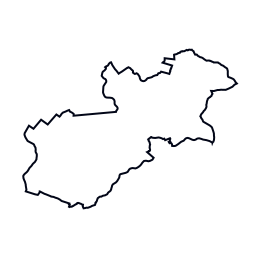 the district of Hidiselu De Sus, Bihor, Romania, rotated 8°
{"feature_id": "2599482B72437023812586", "entity_name": "Hidiselu De Sus", "entity_type": "district", "adm_level": 2, "iso_a3": "ROU", "parent_name": "Romania", "parent_adm1": "Bihor", "projection": "equal_earth", "projection_center": [22.026, 46.921], "detail": "fine", "context": "isolated", "style": "outline", "palette": "ink", "viewbox_px": 256, "rotation_deg": 8, "n_neighbors": 0, "source": "geoboundaries", "source_scale": "gbopen_adm2", "svg_char_len": 5800}
<svg xmlns="http://www.w3.org/2000/svg" viewBox="0 0 256 256"><g transform="rotate(8 128 128)"><path d="M213.6,130.8L213.7,130.4L214.4,129.8L214.8,127.8L214.7,126.2L214.6,124.9L214.3,124.2L213.8,121.4L213.1,119.8L211.3,116.2L210.6,115.3L208.6,114.1L201.7,111.3L201.3,110.8L200.5,109.3L199.7,108.6L198.9,107.7L198.9,107.3L198.0,106.4L198.6,104.2L200.0,102.1L200.7,100.5L201.5,99.6L202.4,97.6L202.7,96.5L202.7,95.6L202.3,94.2L202.5,93.1L202.5,90.8L202.6,89.9L202.9,88.9L202.9,88.2L203.5,87.3L204.5,86.3L205.1,85.9L205.2,85.6L206.2,84.6L206.2,84.3L206.5,83.2L206.6,82.9L206.9,82.4L205.5,80.2L205.2,79.7L208.0,79.4L211.4,77.9L212.0,77.8L213.3,77.6L214.6,77.2L219.5,76.6L222.3,74.9L225.7,72.6L227.4,70.3L229.6,68.8L227.9,67.4L227.2,66.4L226.0,65.2L225.0,64.7L222.6,64.0L220.5,63.6L220.0,63.3L219.8,62.9L219.3,60.8L218.9,57.7L217.9,55.4L217.5,55.1L215.3,54.1L213.7,53.1L213.1,53.0L212.6,52.8L211.8,52.7L210.1,51.6L209.8,51.4L208.5,51.0L208.0,50.6L205.0,51.0L204.5,51.0L204.0,51.2L203.6,51.1L203.0,50.8L201.5,50.5L201.3,50.3L200.5,50.2L200.0,50.0L199.6,50.1L199.2,49.9L198.1,50.0L196.4,50.4L196.1,50.3L194.1,49.4L192.2,48.3L191.0,47.9L189.5,47.8L188.5,47.3L187.7,47.1L186.7,46.5L186.4,46.1L185.8,45.7L184.3,46.0L182.8,44.0L182.3,42.9L181.2,42.4L180.3,41.6L180.0,41.8L179.1,41.9L178.4,41.8L177.4,42.0L176.7,42.4L176.7,42.6L176.3,42.8L175.3,42.5L173.1,44.1L171.1,44.5L171.0,44.4L170.5,44.6L170.6,44.8L169.9,45.0L169.2,45.4L169.0,46.2L167.8,46.7L167.5,46.7L167.2,46.9L167.2,47.1L166.6,47.5L166.0,48.0L165.5,48.2L165.3,48.3L163.5,48.9L163.4,49.0L164.4,53.6L154.6,53.8L154.9,56.0L154.7,56.8L154.3,57.4L153.6,57.9L153.2,58.5L163.0,60.0L162.4,63.1L162.2,63.1L161.7,65.5L162.0,65.7L161.4,68.7L158.9,68.3L152.9,67.6L152.2,68.9L151.2,69.4L150.5,69.5L149.6,71.5L147.9,72.0L146.3,72.9L145.6,73.3L145.0,74.0L143.8,74.7L140.7,75.9L140.4,76.1L139.7,76.9L139.4,77.7L137.9,79.1L136.6,79.5L135.5,79.4L134.1,78.9L133.1,77.6L132.7,76.7L132.3,75.5L130.2,73.2L128.9,72.6L127.8,73.3L127.1,73.5L126.5,73.2L125.2,72.5L125.1,72.1L125.2,71.8L125.0,70.8L124.3,70.2L123.8,70.0L123.4,69.6L122.8,69.3L122.0,68.5L120.9,68.1L119.9,67.8L119.2,68.5L118.8,68.6L114.2,72.9L112.0,74.7L111.2,75.5L108.7,73.0L106.9,71.5L103.8,68.0L102.1,65.3L101.2,65.7L100.4,66.7L100.0,67.4L99.6,68.6L99.3,69.0L98.5,69.6L97.4,70.3L96.9,70.9L97.8,71.5L97.8,72.6L96.8,74.2L95.2,75.8L94.9,77.0L94.7,80.0L96.5,81.8L97.4,82.3L98.7,82.7L99.2,83.1L99.5,83.5L99.9,84.3L100.0,84.9L100.0,85.5L98.1,89.5L97.9,90.2L97.9,90.8L98.3,96.1L98.8,97.3L100.1,99.4L101.1,100.4L101.9,100.7L102.9,100.8L106.0,100.5L107.6,100.5L108.2,100.6L109.3,101.2L110.2,101.9L110.5,102.3L110.9,103.2L111.1,103.8L111.2,105.1L111.5,106.2L112.1,107.0L114.2,108.6L114.8,109.4L115.0,110.1L115.0,110.6L114.8,111.2L114.0,112.6L113.9,113.7L72.4,123.4L72.3,121.7L70.9,120.8L69.4,120.2L68.3,119.9L67.2,118.4L65.4,119.4L63.9,120.4L61.4,121.8L61.3,122.0L60.4,123.0L59.4,125.1L58.6,126.3L55.2,124.6L48.0,135.7L40.8,131.9L34.5,141.9L29.6,139.5L26.4,147.5L26.4,149.0L26.6,149.5L27.7,151.5L30.3,154.7L31.1,155.1L36.4,157.0L37.1,157.4L37.5,158.0L37.9,158.8L39.1,160.3L39.5,161.8L39.7,162.8L39.6,163.5L40.0,164.8L41.3,166.6L41.6,168.5L41.6,170.5L41.7,171.8L40.6,174.5L38.8,176.7L37.6,179.1L36.1,181.1L34.7,184.5L33.8,185.9L32.1,187.8L31.4,188.9L31.0,189.8L31.0,190.3L31.5,192.3L32.3,193.8L33.5,195.7L34.6,198.3L34.8,199.4L36.0,203.2L35.6,205.0L45.1,206.6L48.0,206.8L49.5,204.0L49.4,203.1L49.6,203.1L54.4,204.8L56.0,205.1L61.2,206.4L61.4,206.6L63.9,206.6L66.1,207.2L66.6,207.2L68.5,207.6L70.5,208.4L72.4,209.5L79.9,210.8L79.7,211.1L79.9,211.6L81.0,211.8L80.5,214.2L81.0,214.4L81.2,214.2L82.1,214.0L82.2,213.9L82.7,213.9L83.2,213.7L83.3,213.5L83.8,213.4L84.0,213.1L84.5,212.9L84.8,212.5L85.2,212.3L85.9,211.6L86.4,211.3L86.7,210.9L87.3,210.7L87.6,210.5L87.8,209.9L88.1,209.9L88.4,209.5L88.7,209.4L88.7,209.2L89.0,209.1L90.1,209.2L91.0,209.5L91.9,209.6L92.9,210.1L94.1,210.2L94.1,211.0L94.0,211.3L94.0,211.6L94.2,211.8L94.5,212.7L94.9,213.1L95.2,213.7L96.9,213.2L97.8,212.7L99.3,212.6L102.1,211.1L102.7,210.5L103.5,210.0L106.0,208.8L106.1,208.7L106.2,207.5L106.1,206.9L106.5,206.7L106.7,206.2L106.6,205.8L107.0,205.4L107.2,204.9L107.6,202.7L107.7,202.1L107.9,201.6L108.5,201.1L109.1,200.4L109.8,199.9L111.3,199.6L112.3,198.7L113.9,198.1L114.6,197.9L116.6,196.5L117.3,194.8L118.0,194.0L118.7,193.4L119.5,192.4L119.9,190.9L119.9,190.2L120.2,188.5L120.3,187.2L120.8,186.0L121.9,185.0L123.6,183.6L124.7,182.0L125.0,181.2L125.4,180.4L126.2,178.3L126.3,177.7L126.2,176.9L126.3,175.8L126.6,175.1L126.8,174.9L127.3,174.6L132.0,172.7L133.7,171.6L134.1,170.8L135.0,168.8L135.6,168.2L135.9,167.9L137.5,167.2L138.2,167.0L141.0,167.0L142.3,166.3L143.9,165.0L145.2,163.6L145.9,162.6L146.6,161.3L146.9,160.6L148.2,158.7L148.5,158.4L150.4,157.9L152.8,158.1L154.2,157.6L156.3,156.2L156.7,155.8L157.5,153.9L150.3,149.2L151.1,148.7L151.6,148.3L151.7,147.9L152.1,147.8L152.4,147.9L152.7,147.6L152.9,147.1L152.9,146.6L152.8,146.1L152.1,144.5L152.2,144.1L152.1,143.6L152.0,142.8L152.2,141.3L152.0,141.0L151.4,139.2L151.2,139.0L150.9,138.3L150.3,137.9L150.2,137.6L150.0,137.3L150.0,136.9L149.9,136.8L150.0,136.5L149.7,136.3L150.3,135.6L151.1,134.9L152.0,133.8L152.5,133.7L153.1,134.2L154.6,134.2L156.3,134.1L159.6,133.1L161.1,133.2L162.8,133.5L164.2,134.1L165.4,133.5L166.5,134.9L171.0,132.3L171.4,132.9L171.1,133.5L171.1,134.6L171.6,135.3L170.3,136.1L170.9,136.9L171.3,137.2L171.5,137.0L171.8,137.1L172.3,136.6L172.8,136.9L173.3,137.3L173.7,137.8L173.9,138.1L174.2,139.6L175.9,139.5L176.8,139.3L177.6,139.0L178.1,138.6L180.0,136.9L182.6,134.2L184.9,132.8L186.2,130.8L186.8,130.2L188.0,129.6L188.8,129.5L190.1,129.7L193.4,130.7L194.9,130.8L195.6,130.6L196.8,130.0L197.4,129.3L198.4,128.7L199.9,128.3L202.2,128.6L203.9,129.0L207.3,129.1L210.6,129.6L212.5,130.3L213.5,130.5L213.6,130.8Z" fill="none" stroke="#020617" stroke-width="2"/></g></svg>